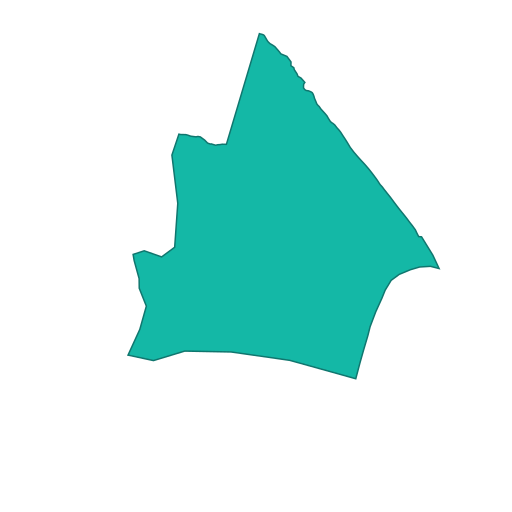 Monkey Town/Ciceron, Castries, Saint Lucia, rotated 316°
{"feature_id": "8701671B38837551888140", "entity_name": "Monkey Town/Ciceron", "entity_type": "district", "adm_level": 2, "iso_a3": "LCA", "parent_name": "Saint Lucia", "parent_adm1": "Castries", "projection": "mercator", "projection_center": [-61.005, 13.989], "detail": "fine", "context": "isolated", "style": "filled", "palette": "teal", "viewbox_px": 512, "rotation_deg": 316, "n_neighbors": 0, "source": "geoboundaries", "source_scale": "gbopen_adm2", "svg_char_len": 1704}
<svg xmlns="http://www.w3.org/2000/svg" viewBox="0 0 512 512"><g transform="rotate(316 256 256)"><path d="M415.0,118.7L414.7,117.0L414.1,114.6L413.6,113.1L413.5,110.7L413.6,109.4L414.0,107.7L414.7,104.9L415.1,103.2L415.0,102.2L414.3,100.7L413.3,99.2L412.9,98.4L312.3,155.1L309.3,152.1L307.4,150.8L305.8,149.4L303.9,148.3L301.7,144.3L300.9,143.7L299.6,141.1L299.6,137.0L298.7,131.7L297.3,129.7L295.6,128.6L292.3,124.5L290.8,121.5L289.7,119.8L286.2,116.3L285.2,114.8L265.6,125.0L236.3,163.8L203.6,193.2L187.5,191.1L179.2,174.6L168.7,169.5L165.2,174.6L156.2,191.1L149.6,198.1L142.3,215.9L121.4,228.1L95.1,238.4L109.6,260.0L138.7,274.9L171.4,307.7L207.8,354.5L242.5,413.6L256.7,405.0L267.7,398.6L281.1,391.0L289.0,386.1L303.4,379.3L317.1,373.9L325.2,370.3L336.3,367.4L346.2,368.7L357.5,373.1L366.1,377.6L374.3,384.6L379.0,392.2L383.8,378.2L388.4,357.2L386.5,355.0L387.8,350.8L388.8,347.9L389.5,343.0L390.0,338.0L390.5,334.3L390.9,330.5L391.3,325.7L391.8,320.4L392.6,313.7L393.4,307.6L393.9,302.3L394.4,297.2L394.8,294.3L394.9,290.7L395.9,285.6L396.6,280.5L397.1,276.4L397.6,271.2L397.9,265.8L398.0,260.2L398.2,254.8L398.5,249.5L399.2,243.4L400.6,237.4L401.4,233.5L402.1,229.7L402.9,225.8L403.2,223.1L403.3,219.7L403.7,216.4L403.4,213.9L403.0,212.4L403.0,210.4L403.7,207.1L404.4,204.5L404.6,201.6L404.7,198.3L404.8,195.2L405.3,192.3L405.2,190.8L405.4,188.8L406.4,186.4L407.6,183.2L408.5,181.6L409.5,179.4L409.9,177.6L409.6,176.2L408.6,173.8L407.0,171.7L406.7,170.3L406.9,168.2L408.4,166.6L409.9,165.4L411.7,165.1L412.0,159.3L411.0,155.9L412.0,153.6L413.0,148.5L414.0,146.8L413.3,143.4L416.0,140.7L416.9,133.9L414.3,127.9L414.6,125.5L415.0,118.7Z" fill="#14b8a6" stroke="#0f766e" stroke-width="1.5"/></g></svg>